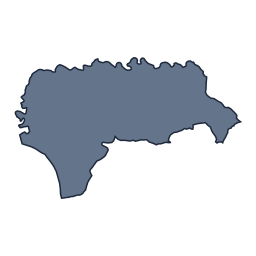 outline of Socol, Caras-Severin, Romania
{"feature_id": "2599482B21362983579881", "entity_name": "Socol", "entity_type": "district", "adm_level": 2, "iso_a3": "ROU", "parent_name": "Romania", "parent_adm1": "Caras-Severin", "projection": "equal_earth", "projection_center": [21.423, 44.831], "detail": "fine", "context": "isolated", "style": "filled", "palette": "slate", "viewbox_px": 256, "rotation_deg": 0, "n_neighbors": 0, "source": "geoboundaries", "source_scale": "gbopen_adm2", "svg_char_len": 5610}
<svg xmlns="http://www.w3.org/2000/svg" viewBox="0 0 256 256"><path d="M240.6,121.8L239.5,121.0L238.4,120.2L237.4,119.2L236.5,118.2L236.8,115.6L236.4,114.6L233.6,111.6L230.6,108.7L228.2,107.4L226.5,107.7L224.5,107.1L222.9,104.8L221.2,102.8L218.7,101.6L214.0,98.6L210.7,98.1L207.0,95.3L205.4,92.2L206.0,89.0L206.1,85.4L206.3,81.8L206.7,77.1L206.1,76.6L205.1,76.2L204.5,75.8L204.0,75.3L203.9,74.6L202.9,73.4L203.2,72.7L203.3,71.9L203.0,71.3L202.1,70.5L200.5,69.0L200.1,68.2L199.0,66.7L197.3,65.5L196.8,65.5L196.4,65.2L195.6,64.8L195.1,64.6L194.7,64.3L194.0,63.2L193.9,62.6L193.4,62.2L192.9,62.5L190.3,61.0L188.8,61.1L187.2,61.7L186.1,63.1L186.1,65.9L183.7,67.1L183.3,67.4L182.6,67.0L182.4,66.8L182.2,66.4L180.3,64.6L179.9,64.4L178.7,64.4L177.4,63.5L175.8,62.9L174.3,63.3L174.2,63.4L174.0,64.0L174.3,64.8L174.3,65.0L172.6,66.7L171.8,66.9L171.5,66.9L171.2,66.8L171.1,66.6L169.8,64.8L169.0,64.0L167.4,62.8L166.5,62.5L165.8,62.3L164.0,62.4L162.5,62.8L161.9,63.0L161.4,63.3L160.9,63.7L160.6,64.1L160.4,64.6L160.3,65.6L160.2,66.1L159.2,67.5L157.6,68.2L156.5,68.5L155.7,68.6L154.7,68.3L154.3,68.1L154.1,67.8L153.9,67.4L153.8,67.0L153.8,66.2L153.7,65.9L153.0,65.3L152.2,65.0L148.9,63.8L147.9,63.3L145.5,60.8L144.3,58.9L144.0,58.6L143.3,58.2L142.5,58.1L141.7,58.3L141.2,58.8L140.7,59.5L140.5,60.3L140.4,61.5L140.6,61.9L141.2,62.7L141.2,63.1L141.1,63.4L140.4,63.9L139.7,64.1L138.7,64.0L138.0,63.7L137.3,63.2L137.1,63.0L137.1,62.7L137.1,62.0L137.3,61.2L137.4,60.3L137.2,59.5L137.0,59.1L135.8,58.1L134.9,57.8L134.5,57.8L133.3,58.0L132.3,58.7L131.1,59.8L130.4,61.6L129.7,62.6L129.0,63.1L127.8,63.7L127.5,64.0L127.1,64.4L127.1,65.0L127.7,65.9L127.9,66.1L129.0,66.1L130.6,66.9L130.8,67.1L131.1,67.9L131.3,68.4L131.3,68.9L131.1,69.3L130.8,69.7L130.5,69.8L129.5,70.1L128.2,70.2L126.9,70.0L126.3,69.8L124.5,68.6L122.3,66.5L121.9,66.0L121.7,65.2L121.5,64.3L121.2,63.8L120.4,62.9L119.9,62.6L119.3,62.5L118.2,62.7L117.6,62.9L116.9,63.5L116.4,64.4L115.8,66.8L115.4,67.2L115.1,67.3L114.4,66.8L112.8,65.4L111.6,64.7L110.2,63.2L109.0,62.3L108.1,61.9L107.5,61.7L106.0,61.6L105.2,61.8L104.4,62.3L103.6,62.6L102.6,62.6L101.9,62.5L100.0,61.9L98.8,61.4L98.1,60.3L97.9,59.7L97.9,59.0L97.8,58.9L96.4,59.3L95.1,60.0L94.8,60.3L94.3,61.2L92.8,62.7L92.0,63.6L91.8,64.5L91.8,65.4L91.4,65.8L90.1,66.2L89.2,66.3L88.4,66.1L85.2,65.2L84.3,65.2L83.6,65.5L83.4,65.8L83.3,66.2L83.5,67.7L83.5,69.9L83.4,70.0L82.6,70.2L82.0,70.3L80.3,69.7L78.7,69.5L77.4,68.9L75.2,67.4L74.3,67.5L73.8,67.8L71.1,69.8L70.6,69.9L69.6,69.9L68.9,69.5L64.6,66.7L61.6,65.3L60.4,64.9L59.8,64.8L59.3,64.9L58.8,65.3L57.7,65.9L57.0,66.6L56.2,68.0L55.4,69.2L55.3,70.2L55.4,71.5L55.1,71.9L54.8,72.1L53.9,72.1L52.5,71.8L52.1,71.6L51.1,70.7L48.9,70.3L46.7,70.0L46.3,70.1L45.1,70.4L43.9,70.5L43.1,70.4L42.6,70.0L42.3,69.8L40.4,69.5L39.6,69.5L38.7,69.7L38.3,69.9L36.3,71.3L33.1,73.3L31.9,74.8L31.7,75.3L31.6,76.1L31.5,76.4L30.1,78.0L29.9,78.6L29.2,80.9L29.1,82.1L29.2,82.8L29.1,83.2L28.3,84.6L27.1,85.5L26.3,86.3L25.7,88.8L25.2,89.8L25.2,90.4L25.4,91.9L25.3,92.3L24.6,94.1L24.3,94.8L24.1,95.1L23.2,95.3L22.5,96.0L21.4,96.8L21.3,97.0L21.4,97.5L22.8,99.0L23.4,99.6L23.7,100.0L24.0,100.6L24.0,100.9L23.9,101.2L23.5,101.7L22.1,102.5L21.2,102.8L21.0,103.0L21.0,103.4L21.0,103.7L21.9,104.9L22.0,105.1L21.6,105.9L21.7,106.5L22.4,107.8L22.7,108.2L23.0,108.4L24.3,108.3L25.0,108.1L26.2,107.6L26.4,107.6L26.6,107.7L26.7,108.0L26.7,108.3L26.5,110.3L26.0,113.1L25.4,113.6L24.8,114.0L24.2,114.0L23.1,113.2L21.6,112.4L20.6,111.7L20.0,111.5L17.5,111.0L17.0,111.1L16.6,111.3L15.7,111.9L15.4,112.4L15.4,112.8L15.4,113.3L15.7,114.4L16.5,115.7L16.8,116.7L18.0,117.4L18.9,118.2L19.8,118.7L20.0,118.9L20.1,119.2L20.3,119.9L20.2,120.7L20.3,121.0L20.8,121.2L21.1,121.1L22.8,118.5L23.1,118.3L23.6,118.3L23.9,118.4L24.2,118.8L24.3,119.1L24.5,119.8L24.5,120.4L24.3,121.1L23.7,122.1L23.0,123.5L22.1,124.1L21.1,124.6L19.2,124.9L18.8,125.3L18.9,125.5L18.9,126.1L19.6,126.6L19.9,127.5L20.8,127.7L21.7,127.4L22.7,127.4L22.9,127.0L24.1,126.7L25.8,126.7L26.8,126.3L27.8,126.3L28.5,126.7L28.5,127.4L28.9,128.7L29.6,131.5L28.0,133.4L26.5,133.6L25.0,132.2L24.6,132.0L21.6,133.5L20.9,134.2L19.7,134.9L22.1,143.8L31.2,146.7L35.8,148.9L41.3,152.6L45.1,154.4L46.9,157.1L49.7,160.6L52.5,164.4L54.0,166.8L56.2,171.2L57.1,174.2L59.6,183.3L60.3,188.4L60.5,193.8L61.6,198.2L68.1,197.3L69.0,197.1L69.5,197.2L69.8,197.0L70.0,196.8L71.0,196.6L71.7,196.5L72.4,196.6L73.1,196.3L74.4,196.1L77.4,195.0L78.3,195.0L78.8,195.2L79.7,194.9L80.8,194.7L82.2,193.8L83.2,192.9L83.7,191.9L85.6,189.9L86.6,186.0L87.8,182.2L89.7,178.9L91.8,175.7L90.8,173.6L89.9,171.4L90.3,169.6L92.3,167.4L94.5,164.2L96.8,161.1L100.4,159.5L103.9,157.0L105.4,155.5L108.2,150.0L107.6,148.2L106.4,147.3L105.1,146.6L102.3,145.3L101.8,143.9L102.2,142.8L103.6,142.3L105.6,142.7L107.6,142.9L108.7,142.9L111.8,142.5L113.6,140.8L114.5,138.7L115.1,136.5L117.9,139.2L120.8,140.4L124.5,140.3L129.8,141.0L131.6,140.7L133.2,140.2L135.5,141.2L141.0,139.9L143.6,140.0L146.2,139.7L147.4,140.3L149.2,142.0L152.9,143.2L156.4,144.8L158.3,143.9L160.8,143.8L165.7,142.3L168.8,142.7L170.3,142.5L169.9,141.7L168.3,141.0L169.1,137.6L170.4,135.0L173.7,132.6L177.5,131.9L179.4,131.1L181.5,130.5L184.6,128.5L186.5,129.1L188.1,128.7L189.6,128.0L191.0,128.9L192.8,129.2L193.1,127.7L193.1,124.9L197.8,123.6L204.5,122.8L205.7,122.9L206.7,124.1L207.8,125.2L209.1,126.2L210.4,127.1L211.6,130.5L212.7,132.5L215.4,136.2L216.6,139.1L215.6,141.9L217.0,143.0L218.8,142.0L221.5,142.0L222.7,142.8L223.2,141.1L225.4,137.4L227.3,133.4L227.7,132.7L227.8,130.3L228.8,128.8L231.2,128.0L232.2,126.2L233.9,125.9L234.3,124.5L235.8,123.6L237.9,122.6L240.6,121.8Z" fill="#64748b" stroke="#1e293b" stroke-width="1.5"/></svg>